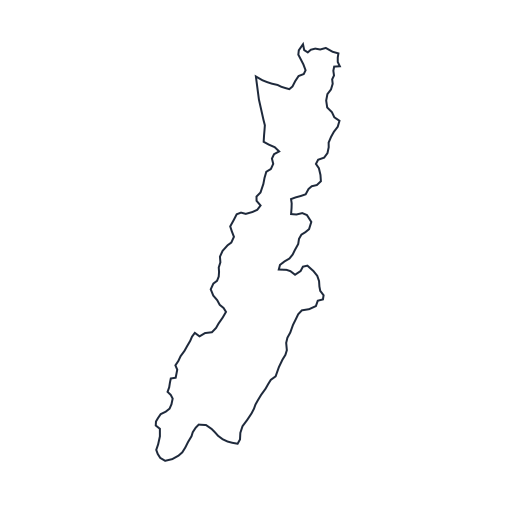 Ubatã, Bahia, Brazil, rotated 9°
{"feature_id": "56859067B37189660907129", "entity_name": "Ubatã", "entity_type": "district", "adm_level": 2, "iso_a3": "BRA", "parent_name": "Brazil", "parent_adm1": "Bahia", "projection": "albers", "projection_center": [-39.521, -14.086], "detail": "fine", "context": "isolated", "style": "outline", "palette": "slate", "viewbox_px": 512, "rotation_deg": 9, "n_neighbors": 0, "source": "geoboundaries", "source_scale": "gbopen_adm2", "svg_char_len": 2730}
<svg xmlns="http://www.w3.org/2000/svg" viewBox="0 0 512 512"><g transform="rotate(9 256 256)"><path d="M183.5,439.1L188.1,441.7L189.3,449.2L188.8,457.4L187.8,463.1L189.9,466.9L193.0,470.4L198.3,472.5L205.1,469.7L210.7,465.3L213.9,461.5L216.1,456.3L218.0,450.3L220.5,444.1L221.1,439.9L223.3,435.0L225.8,431.5L233.1,430.8L239.3,433.8L243.1,436.6L246.6,439.5L251.7,442.2L256.9,443.7L261.8,444.2L267.2,444.3L268.9,439.7L268.2,433.1L269.3,426.2L272.9,419.4L276.2,412.2L277.9,407.1L278.7,402.8L280.4,398.2L282.8,392.3L286.2,385.6L288.1,380.5L290.0,376.0L294.2,371.8L296.0,362.1L298.4,354.1L300.5,349.1L301.2,344.2L299.4,337.1L299.8,331.8L301.8,326.3L303.3,318.3L305.3,311.9L306.8,306.9L309.8,302.5L316.8,300.2L323.0,296.1L324.0,290.5L328.9,288.4L328.9,284.2L324.9,280.4L323.4,276.2L322.2,270.9L319.6,266.0L315.1,261.9L308.3,257.5L304.0,259.2L302.4,263.9L297.5,268.4L292.4,265.6L288.3,264.9L280.6,265.8L281.1,261.0L285.1,256.8L289.4,253.3L292.0,248.8L293.4,244.2L295.8,237.6L295.8,232.3L297.5,227.8L301.0,224.8L304.2,221.2L305.3,213.7L299.9,207.6L295.0,206.4L289.4,208.7L284.1,209.1L283.6,203.0L283.0,198.4L281.7,194.3L286.0,191.9L290.9,189.7L295.4,187.3L297.4,181.6L300.1,178.4L305.0,176.4L308.4,172.0L307.0,165.9L304.4,159.5L300.8,155.7L302.3,151.2L307.9,148.2L310.5,143.2L310.8,137.2L310.0,132.6L311.5,126.6L313.5,121.1L316.5,115.6L317.3,109.4L311.7,106.8L308.5,102.1L303.1,98.2L301.0,91.5L301.2,84.9L304.0,79.8L304.8,73.9L303.6,69.6L304.8,65.5L303.4,60.9L303.6,56.7L309.1,55.5L306.4,51.6L305.7,47.2L305.7,43.0L299.7,42.3L292.4,39.6L287.1,42.0L282.1,41.9L277.9,43.7L275.3,46.8L271.4,45.1L269.3,39.5L266.1,46.1L266.3,50.5L269.2,54.4L272.8,59.3L275.9,64.8L274.7,68.8L269.9,71.6L267.4,77.1L265.5,82.9L262.8,86.0L258.6,85.5L254.5,84.9L250.6,83.7L244.6,83.3L239.7,82.5L234.8,81.4L227.8,78.7L234.4,101.0L242.1,120.4L244.3,125.5L244.7,130.3L245.1,135.8L245.7,142.0L251.3,144.0L257.5,145.6L262.5,149.1L257.9,152.6L256.5,157.3L258.6,162.3L257.1,167.7L253.0,171.2L252.2,177.5L252.0,183.7L250.5,192.6L247.2,197.2L247.9,201.4L252.6,205.4L250.0,210.2L245.6,213.1L239.3,216.0L234.4,215.5L230.4,217.8L228.4,223.9L225.9,230.8L228.2,235.3L231.2,240.5L229.5,246.6L226.3,249.8L222.2,256.1L220.5,262.3L221.8,267.8L221.0,273.2L222.0,277.5L222.4,282.2L221.4,286.6L218.2,289.9L216.5,296.0L220.0,301.8L224.6,305.7L227.8,309.9L232.1,312.4L235.1,315.9L232.7,322.1L229.6,328.5L227.8,333.3L224.4,338.2L217.7,340.1L212.8,344.2L207.6,341.5L205.4,345.7L204.3,350.1L202.1,355.7L200.2,360.9L197.2,366.7L195.7,371.9L193.5,376.6L196.0,380.6L195.7,388.8L191.0,390.3L190.8,394.7L190.8,399.3L189.9,404.0L193.6,406.6L196.0,409.9L195.7,415.7L194.5,420.3L191.2,423.9L186.6,427.1L184.6,431.3L183.1,435.1L183.5,439.1Z" fill="none" stroke="#1e293b" stroke-width="2"/></g></svg>